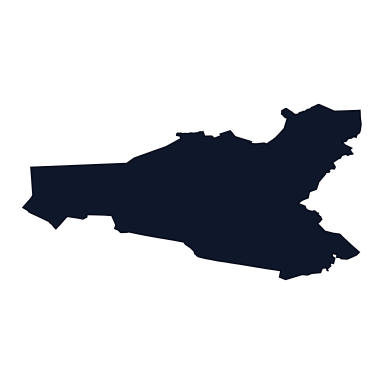 the district of Balvu pag., Balvu, Latvia
{"feature_id": "27541924B22679886686853", "entity_name": "Balvu pag.", "entity_type": "district", "adm_level": 2, "iso_a3": "LVA", "parent_name": "Latvia", "parent_adm1": "Balvu", "projection": "robinson", "projection_center": [27.263, 57.093], "detail": "fine", "context": "isolated", "style": "filled", "palette": "ink", "viewbox_px": 384, "rotation_deg": 0, "n_neighbors": 0, "source": "geoboundaries", "source_scale": "gbopen_adm2", "svg_char_len": 5801}
<svg xmlns="http://www.w3.org/2000/svg" viewBox="0 0 384 384"><path d="M281.6,113.9L282.1,114.1L285.3,117.5L287.6,117.7L286.5,121.3L284.6,127.6L284.5,128.3L282.2,130.9L281.1,132.1L280.3,133.0L276.4,137.1L276.5,137.1L275.8,137.7L275.0,138.4L274.7,138.6L273.4,139.6L268.3,143.0L267.6,144.0L267.3,144.0L267.1,144.2L266.2,143.8L263.9,143.2L258.9,143.7L256.2,144.0L250.8,143.7L250.3,143.6L250.8,142.8L251.2,142.1L251.3,141.9L251.1,141.9L249.4,141.1L246.8,140.4L235.8,137.0L235.5,136.8L235.3,136.8L235.2,136.8L235.0,136.7L233.4,134.8L232.1,133.1L231.8,132.7L231.1,132.0L230.9,131.8L230.7,131.5L230.3,130.9L227.8,131.7L220.3,134.1L220.9,135.1L221.3,135.7L214.9,138.2L214.1,138.5L213.0,137.3L211.7,136.2L211.1,136.1L210.5,136.2L204.6,136.3L204.5,136.0L204.4,136.0L204.4,135.6L203.9,134.4L202.9,131.7L202.7,131.8L202.2,132.0L201.6,132.1L200.9,132.0L200.5,131.9L200.2,131.8L199.5,132.2L199.2,132.2L197.8,132.8L196.5,133.2L195.8,133.0L195.5,133.0L193.7,133.4L192.7,133.3L191.9,133.2L191.1,133.0L190.9,133.0L190.3,133.1L190.0,133.2L189.8,133.4L189.3,133.5L188.9,133.6L188.6,133.6L186.7,133.6L185.8,133.6L184.4,133.6L182.9,133.7L181.6,133.6L181.0,133.2L180.5,133.2L179.8,133.3L179.0,133.5L178.5,133.5L178.2,133.4L177.6,133.2L177.4,133.5L177.1,133.7L177.0,133.8L176.8,134.2L176.7,135.3L179.9,135.8L181.1,138.6L173.8,142.6L166.7,146.5L166.1,146.8L164.4,147.4L153.2,151.4L135.0,157.9L134.5,158.1L133.5,158.7L126.8,163.5L30.9,167.4L31.1,169.3L31.9,179.8L32.7,191.6L33.0,194.6L32.0,197.1L29.8,199.8L26.8,203.2L23.0,207.5L28.1,210.5L28.8,211.7L31.8,213.3L37.5,215.9L39.4,216.8L46.1,220.0L47.8,220.8L48.2,221.0L49.0,221.4L49.5,222.1L50.9,223.6L51.5,223.6L53.8,226.5L54.9,227.8L55.9,228.7L58.5,225.8L58.8,225.4L59.5,224.9L62.2,221.7L66.0,217.5L67.4,216.3L71.1,216.9L79.0,218.1L79.7,218.2L79.8,218.3L82.7,218.9L83.1,218.8L85.8,217.5L86.7,217.0L86.9,214.7L87.2,214.6L88.0,214.6L88.7,214.5L93.7,214.6L101.4,214.8L106.4,215.0L107.8,215.2L111.7,215.2L116.0,225.0L115.9,225.4L114.8,228.5L117.5,229.6L118.0,229.8L118.4,230.0L120.6,232.3L120.8,232.4L121.1,232.4L121.7,232.4L126.2,232.2L127.3,232.1L128.3,231.9L128.7,231.8L128.9,231.7L129.0,231.8L138.1,233.7L138.9,233.9L139.1,233.9L146.7,235.4L159.3,237.6L173.1,239.9L183.8,241.9L184.2,242.4L184.9,243.5L185.3,243.9L185.5,244.2L185.9,244.5L186.1,244.7L186.6,245.0L187.2,245.4L188.7,246.5L190.2,247.3L194.9,251.9L194.4,252.3L194.5,252.6L194.9,253.7L195.7,254.4L198.1,256.5L205.6,258.4L210.2,259.2L217.7,260.7L226.3,261.9L230.8,262.7L242.0,264.4L257.0,266.9L270.0,269.0L273.7,269.5L279.5,270.4L280.9,270.7L279.6,277.0L285.0,279.2L285.6,279.4L302.2,274.4L307.2,274.9L308.7,274.5L311.5,273.3L319.1,272.6L320.5,272.5L322.3,268.0L326.4,267.8L327.3,270.5L327.8,270.5L327.0,269.2L330.6,265.9L330.1,265.3L330.3,262.7L333.4,263.4L334.8,258.2L331.9,256.3L332.7,253.3L334.8,253.9L335.8,254.2L337.1,254.2L336.8,257.2L340.4,257.5L341.0,258.6L347.2,259.0L350.7,257.5L356.5,254.9L359.2,252.2L352.2,246.1L347.8,242.0L343.4,238.0L339.8,234.3L332.8,233.3L324.9,231.3L321.1,227.3L317.4,223.6L319.1,222.1L320.4,220.9L320.6,220.7L320.9,220.1L321.2,219.8L321.7,219.4L320.8,217.8L320.8,217.1L320.3,216.7L320.0,216.5L319.5,216.4L319.4,216.2L319.3,215.8L319.2,215.6L318.9,215.5L318.5,215.5L318.2,215.5L318.0,215.3L317.8,215.1L317.7,214.9L317.8,214.7L317.9,214.4L318.1,214.1L318.3,213.8L318.4,213.6L318.3,213.4L318.1,213.2L317.9,213.1L316.9,213.2L316.5,212.7L316.4,212.5L316.0,212.2L315.9,212.0L315.8,211.8L315.6,211.7L315.4,211.6L315.2,211.6L315.1,211.4L315.0,211.2L314.8,211.0L314.0,211.1L313.5,211.1L313.1,211.2L312.9,211.3L312.5,211.6L312.1,211.7L311.9,211.5L310.7,211.2L309.6,210.9L307.9,210.4L307.4,210.0L306.0,209.1L305.7,208.7L305.9,208.6L305.3,207.4L305.3,207.0L305.1,206.8L305.0,206.5L305.0,206.3L304.0,206.0L303.8,205.8L298.0,203.5L298.1,203.4L298.6,202.9L299.1,202.4L301.2,200.8L302.5,200.0L303.6,199.5L307.7,197.9L307.9,197.9L308.0,197.8L308.1,197.7L308.9,193.7L308.9,193.3L309.1,193.0L309.4,192.2L309.7,191.5L309.8,191.5L314.3,189.9L315.3,189.6L315.6,189.5L316.1,189.3L316.3,189.2L316.4,188.9L318.2,183.6L318.4,183.0L318.4,182.8L318.6,181.9L319.5,181.0L320.2,180.1L324.9,174.5L325.4,173.8L325.8,172.7L326.0,172.6L326.3,172.3L326.5,172.3L326.7,172.2L329.0,172.1L329.3,171.9L329.5,171.7L329.5,171.3L329.2,170.6L329.2,169.9L329.3,169.7L329.8,169.3L330.8,168.8L331.1,168.6L331.4,168.6L331.6,168.6L332.2,168.6L334.3,168.9L335.1,167.1L335.1,166.9L332.5,162.5L338.4,158.6L340.3,158.0L341.8,155.3L343.1,155.0L345.1,154.4L346.1,153.9L346.8,154.6L347.7,155.3L349.8,154.3L351.0,154.2L352.7,153.8L351.3,152.1L350.7,151.2L349.8,149.1L351.4,148.4L351.6,148.2L345.9,145.5L345.5,145.3L345.0,145.0L344.5,144.6L343.3,143.3L342.0,141.8L345.8,141.3L346.1,141.1L348.2,138.4L351.4,138.0L353.6,136.5L354.3,136.8L356.2,137.1L356.4,135.6L357.0,134.6L357.5,133.9L359.4,132.8L360.1,130.6L360.3,129.3L361.0,124.6L360.5,119.8L360.3,119.3L360.2,117.5L359.9,110.4L359.4,110.5L357.5,110.6L352.1,110.8L348.9,110.9L340.6,111.2L339.2,111.2L334.3,111.4L334.2,111.3L327.7,108.4L321.0,105.5L319.0,104.6L318.4,104.8L318.2,104.9L317.5,104.9L317.3,105.0L317.1,105.1L316.4,105.5L315.5,106.1L315.0,106.2L314.4,106.4L314.1,106.5L313.8,106.8L313.6,106.9L312.9,107.1L311.7,107.5L311.4,107.8L310.4,109.1L309.4,109.2L308.7,109.3L307.7,109.6L306.6,110.2L305.7,110.9L305.2,111.3L304.5,111.5L303.7,111.5L302.9,111.7L302.1,112.1L301.2,112.4L300.4,112.5L299.6,112.8L299.1,113.3L298.4,113.9L298.0,114.5L296.9,114.5L295.5,114.6L294.6,114.4L294.1,114.1L293.5,113.7L293.0,113.2L292.6,113.0L292.0,112.5L291.7,112.1L291.4,111.9L290.6,111.6L289.6,110.9L288.6,110.2L287.5,109.4L287.1,109.1L286.5,108.8L286.1,108.7L285.8,108.7L285.4,108.8L285.1,108.9L284.6,109.3L284.1,109.6L283.7,109.8L282.9,110.2L282.2,110.6L281.9,110.9L281.8,111.3L281.8,111.9L281.9,112.5L281.8,113.1L281.6,113.6L281.6,113.9Z" fill="#0f172a" stroke="#020617" stroke-width="1.5"/></svg>